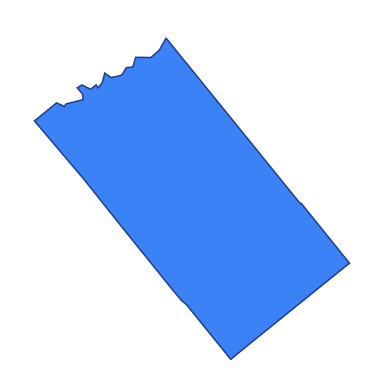 Grady, Oklahoma, United States of America (Mercator projection), rotated 321°
{"feature_id": "52423323B95239416662840", "entity_name": "Grady", "entity_type": "district", "adm_level": 2, "iso_a3": "USA", "parent_name": "United States of America", "parent_adm1": "Oklahoma", "projection": "mercator", "projection_center": [-97.892, 35.03], "detail": "fine", "context": "isolated", "style": "filled", "palette": "blue", "viewbox_px": 384, "rotation_deg": 321, "n_neighbors": 0, "source": "geoboundaries", "source_scale": "gbopen_adm2", "svg_char_len": 638}
<svg xmlns="http://www.w3.org/2000/svg" viewBox="0 0 384 384"><g transform="rotate(321 192 192)"><path d="M116.8,346.5L123.0,346.4L135.7,346.3L189.9,346.3L269.6,346.4L269.7,269.6L268.8,268.4L268.8,237.4L268.8,134.3L268.7,76.2L268.7,57.5L268.4,56.2L255.9,61.1L244.6,61.6L235.8,54.2L233.0,51.9L224.7,57.6L219.2,54.0L211.4,56.9L209.6,56.4L201.2,52.2L199.0,44.7L191.3,50.4L184.4,52.0L184.9,48.4L177.9,48.4L173.8,39.5L168.4,38.8L168.5,47.1L165.5,51.7L149.3,44.2L146.8,45.3L142.8,37.5L114.3,37.6L116.0,115.0L115.5,166.1L115.4,212.0L115.3,256.8L115.5,269.7L116.8,276.0L116.8,346.5Z" fill="#3b82f6" stroke="#1e3a8a" stroke-width="1.5"/></g></svg>